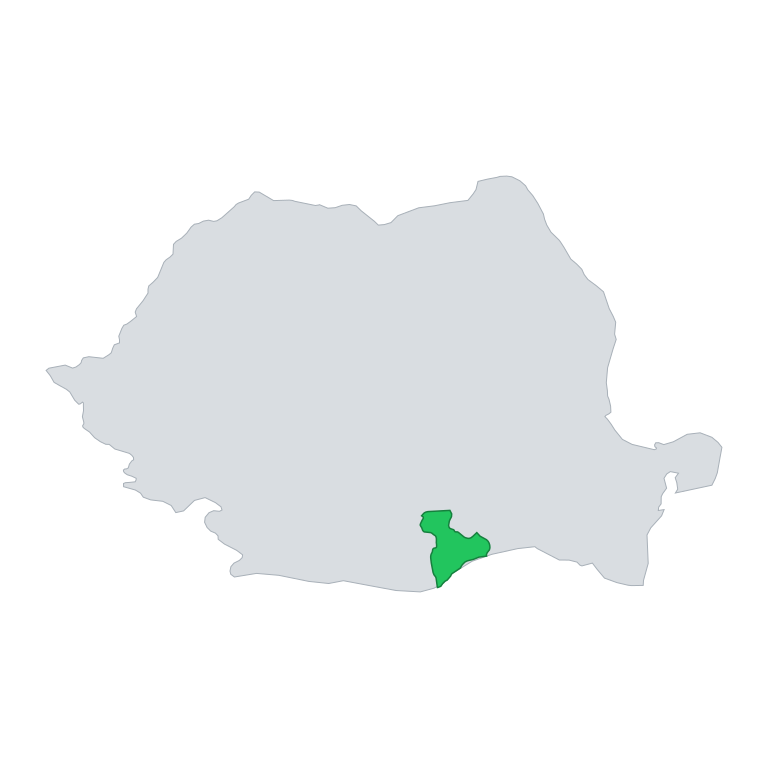 Giurgiu highlighted on a map of Romania
{"feature_id": "ROU-131", "entity_name": "Giurgiu", "entity_type": "County", "adm_level": 1, "iso_a3": "ROU", "parent_name": "Romania", "parent_adm1": "", "projection": "natural_earth1", "projection_center": [25.897, 44.142], "detail": "fine", "context": "in_parent", "style": "filled", "palette": "green", "viewbox_px": 768, "rotation_deg": 0, "n_neighbors": 0, "source": "natural_earth", "source_scale": "10m", "svg_char_len": 4723}
<svg xmlns="http://www.w3.org/2000/svg" viewBox="0 0 768 768"><path d="M614.8,430.0L622.4,439.4L632.1,444.4L654.3,449.7L656.2,449.0L656.5,448.0L654.9,446.7L654.6,444.9L655.7,442.8L658.7,442.7L663.8,444.6L673.3,441.8L687.2,434.3L700.1,432.8L711.9,437.3L718.0,442.4L721.9,447.3L720.8,453.4L720.1,457.1L717.3,472.8L715.2,478.6L711.9,485.2L675.4,493.0L677.7,489.2L676.8,482.6L675.2,477.7L678.5,473.2L670.3,471.6L666.7,474.0L664.0,478.3L666.6,488.2L662.7,493.6L661.2,496.7L661.1,503.9L658.7,507.1L658.3,510.5L664.1,509.6L661.6,515.8L650.8,527.8L647.0,535.0L648.2,563.4L643.5,580.4L643.2,585.4L631.5,585.6L628.0,585.2L616.9,582.6L604.5,578.1L597.1,569.3L592.4,563.1L581.9,565.9L579.9,565.1L577.0,562.1L569.1,560.1L559.3,560.0L537.3,548.6L534.9,546.7L517.7,548.6L491.9,554.3L472.2,561.2L451.8,573.7L443.6,583.2L434.0,588.2L420.3,591.9L396.0,590.5L370.6,585.8L343.4,580.7L328.7,583.5L308.8,581.4L278.8,575.3L256.5,573.4L234.4,577.0L230.8,574.3L230.0,571.1L230.9,566.7L234.0,563.1L239.4,560.4L242.2,557.6L242.6,554.8L236.6,550.3L224.5,544.1L219.5,540.3L218.2,539.3L218.0,535.8L215.4,533.1L210.7,531.1L207.1,527.5L204.6,522.3L205.2,517.3L209.0,512.7L213.7,510.7L219.5,511.3L222.0,510.0L221.0,506.8L215.4,502.6L205.1,497.6L194.5,500.4L183.6,510.9L175.8,512.6L171.2,505.5L162.8,501.3L150.7,499.9L143.3,497.2L140.5,493.1L135.3,490.0L123.6,486.7L123.5,483.5L125.4,482.7L129.6,482.4L135.2,481.8L136.1,479.9L136.2,478.3L131.8,476.2L127.4,474.8L125.1,473.3L123.7,471.8L123.4,470.1L124.7,469.0L126.5,468.9L128.3,467.9L129.4,464.1L131.8,460.9L133.6,459.8L133.5,457.5L131.8,455.3L129.4,453.4L125.8,452.3L114.8,449.0L109.2,444.4L105.8,444.3L100.4,441.7L94.6,437.7L89.6,432.1L84.2,428.4L82.8,426.9L82.7,425.5L83.8,423.9L83.8,422.2L82.4,416.7L83.5,410.8L83.4,405.4L83.4,402.9L82.4,402.1L81.4,403.0L80.0,404.0L78.7,404.2L74.7,400.2L69.8,392.0L66.4,389.3L59.7,385.6L54.1,382.4L50.2,375.6L46.1,370.4L48.9,368.2L65.2,365.1L72.6,368.1L76.0,367.0L79.4,364.6L81.2,362.6L81.6,360.5L83.3,357.9L88.8,356.7L103.2,358.3L109.1,354.6L111.3,352.7L112.7,348.3L114.3,344.8L119.5,342.9L119.5,339.7L118.8,336.2L121.9,328.4L123.8,325.2L126.8,324.1L130.3,321.6L136.6,316.5L135.2,312.1L136.5,308.8L143.0,300.8L148.0,293.1L148.0,289.2L148.8,285.9L153.1,282.2L157.7,277.4L163.9,262.3L166.1,259.8L170.1,257.0L173.0,254.1L173.5,244.3L176.2,241.4L181.5,238.2L186.8,233.1L191.1,227.1L194.4,224.2L198.7,223.5L203.4,221.1L208.6,220.2L213.7,221.4L216.9,220.8L221.8,217.8L234.3,206.7L236.1,204.5L238.6,203.0L248.7,199.2L251.3,195.3L254.7,191.9L259.2,192.1L273.6,200.6L289.2,200.1L292.0,200.4L292.9,200.6L294.8,201.3L315.4,205.5L318.7,205.0L319.5,204.7L327.8,208.2L335.2,207.7L342.2,205.3L349.5,204.5L356.2,205.9L361.2,210.8L374.4,221.3L378.3,225.1L384.3,224.6L391.0,222.6L397.8,215.7L418.7,207.8L434.5,205.8L450.0,202.7L467.9,200.4L473.1,194.0L476.0,189.6L478.0,181.4L487.6,179.1L496.8,177.4L500.1,176.4L506.7,176.1L511.9,176.8L519.9,180.8L525.6,185.8L527.8,189.8L532.7,195.5L537.8,203.4L543.4,214.0L544.6,219.3L546.8,225.1L551.0,232.2L559.0,240.0L560.1,241.4L563.7,246.9L570.8,259.1L576.6,264.0L581.8,269.3L584.2,274.6L587.9,279.5L596.5,285.9L603.5,291.8L609.2,308.6L613.2,316.3L615.7,322.2L614.6,334.2L616.2,339.4L613.1,348.8L607.6,367.7L606.3,382.7L607.4,390.8L607.6,396.0L609.0,399.3L610.6,406.2L610.9,412.2L608.8,413.9L606.0,415.3L604.9,416.6L607.5,419.3L611.2,424.3L614.8,430.0Z" fill="#d9dde1" stroke="#a8b0b8" stroke-width="1"/><path d="M480.6,556.9L479.0,557.1L473.3,559.4L467.5,560.8L465.0,562.0L462.3,564.7L461.1,566.5L460.5,567.9L451.9,573.7L451.2,574.8L450.6,576.1L447.2,580.1L445.0,581.2L442.7,583.5L442.5,583.8L440.8,586.3L437.8,587.5L437.4,587.5L436.1,578.2L435.7,577.0L434.0,574.8L433.1,572.5L431.3,563.0L430.7,557.8L430.7,556.4L430.9,555.2L431.2,554.1L432.1,552.4L432.4,551.5L432.7,549.5L433.1,548.8L433.7,548.3L434.3,548.1L435.1,548.0L435.8,547.8L436.4,547.4L436.6,546.3L436.6,544.9L436.3,542.4L436.4,541.0L436.4,538.6L436.1,537.2L435.7,536.2L435.1,535.6L433.7,534.7L431.6,533.0L430.6,532.6L424.2,531.9L423.4,531.3L422.6,530.2L421.7,527.7L421.0,526.6L420.4,525.6L420.2,524.9L420.5,523.7L422.1,520.3L423.3,518.3L423.3,517.5L423.1,516.9L421.6,515.8L423.6,513.5L424.4,512.8L425.8,512.1L427.8,511.6L449.9,510.4L451.7,513.9L451.6,515.0L451.5,516.5L451.1,517.5L450.0,519.5L449.3,521.3L448.6,525.4L449.0,527.1L449.8,528.3L451.7,529.1L453.1,529.5L454.1,530.2L454.6,531.3L455.2,531.8L455.8,531.9L456.6,531.9L457.4,531.9L458.3,532.3L463.8,536.8L464.9,537.5L466.1,537.9L467.2,538.2L468.3,538.4L469.3,538.3L470.2,538.1L471.1,537.7L472.9,536.3L476.8,532.6L480.1,536.2L486.5,539.7L488.1,541.3L489.1,543.1L489.7,545.1L489.9,547.3L489.7,548.8L489.3,550.0L487.2,552.7L486.7,553.9L486.4,554.8L486.6,556.1L480.6,556.9Z" fill="#22c55e" stroke="#15803d" stroke-width="1.5"/></svg>